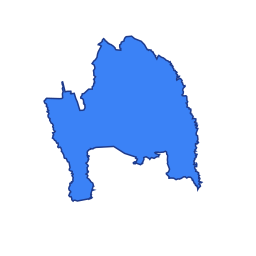 outline of Ixtapan de la Sal, México, Mexico, rotated 20°
{"feature_id": "50627088B70229616994198", "entity_name": "Ixtapan de la Sal", "entity_type": "district", "adm_level": 2, "iso_a3": "MEX", "parent_name": "Mexico", "parent_adm1": "México", "projection": "orthographic", "projection_center": [-99.696, 18.841], "detail": "fine", "context": "isolated", "style": "filled", "palette": "blue", "viewbox_px": 256, "rotation_deg": 20, "n_neighbors": 0, "source": "geoboundaries", "source_scale": "gbopen_adm2", "svg_char_len": 5831}
<svg xmlns="http://www.w3.org/2000/svg" viewBox="0 0 256 256"><g transform="rotate(20 128 128)"><path d="M63.2,164.7L64.4,164.7L66.2,166.6L67.3,166.1L68.4,168.0L68.4,169.7L68.8,170.0L69.6,170.2L70.9,169.2L71.7,169.7L73.1,171.3L73.4,172.8L74.4,173.1L76.9,175.4L78.2,177.8L78.8,178.1L80.5,177.8L82.7,180.3L84.1,180.3L84.4,180.6L87.1,185.1L86.9,186.4L87.1,187.5L88.5,188.0L90.1,187.8L90.6,188.2L90.7,188.8L90.5,190.2L92.2,190.1L92.3,190.7L91.7,192.0L93.4,193.2L93.7,195.0L94.4,196.6L94.2,197.2L93.3,197.9L93.3,198.3L93.9,198.6L93.8,198.9L93.5,199.3L92.5,199.6L92.4,200.3L93.2,201.6L92.9,203.8L93.1,205.2L93.9,206.4L95.8,207.2L96.1,207.9L95.4,209.3L95.7,209.8L95.4,211.5L96.5,212.4L97.2,212.4L97.9,212.0L99.1,213.2L99.5,214.3L100.2,215.0L101.4,215.5L101.9,214.4L103.1,214.0L105.4,213.9L115.3,208.0L115.6,208.3L116.2,207.6L115.9,207.2L116.7,206.1L117.3,206.8L118.0,205.8L117.6,205.7L116.9,204.6L116.6,204.9L115.8,203.4L116.3,202.8L115.6,202.2L115.4,198.8L115.6,199.0L116.9,198.0L115.4,198.2L115.1,194.2L115.4,194.2L113.8,191.9L111.2,191.1L110.4,190.2L109.6,190.1L109.2,189.5L106.7,188.8L106.5,188.4L106.6,186.5L105.8,185.9L104.3,185.6L105.6,183.6L105.7,182.5L105.5,182.2L104.8,182.1L104.7,182.6L103.1,179.2L103.6,177.7L103.3,176.8L100.5,175.4L101.5,173.8L101.7,172.1L101.4,171.7L101.8,170.7L101.0,169.8L100.1,169.3L100.0,169.0L101.0,168.4L101.1,167.7L100.5,167.5L99.3,168.1L99.0,167.7L98.8,166.2L98.0,165.0L97.9,163.6L98.5,162.8L98.7,161.9L100.4,160.4L100.1,160.1L102.2,159.6L102.6,158.8L104.5,157.2L120.9,150.2L133.5,153.0L145.6,152.6L145.5,153.8L147.5,154.0L147.2,157.3L146.1,157.3L144.9,158.7L145.2,159.4L145.6,159.6L147.1,159.1L147.4,158.2L152.3,158.2L152.7,157.7L153.0,156.4L153.3,156.1L153.7,156.4L153.9,156.0L153.5,155.0L153.7,152.0L152.9,150.4L154.8,148.8L158.3,149.4L159.2,150.0L159.5,148.8L160.3,147.7L162.9,147.6L164.8,145.2L166.6,144.5L166.2,143.6L166.7,142.4L162.8,142.6L161.7,142.0L162.1,141.4L165.0,140.3L166.4,140.3L167.2,139.6L169.6,138.5L171.0,137.1L172.4,137.4L173.4,139.4L174.0,139.6L174.8,140.6L175.9,144.5L177.1,146.8L177.1,147.8L181.1,152.4L181.2,154.4L180.8,156.0L179.5,157.4L179.9,158.2L183.2,159.7L183.5,161.1L184.5,160.9L184.9,160.5L188.1,159.5L190.8,160.1L192.3,158.7L194.1,158.3L194.3,157.7L195.1,157.3L197.0,154.8L197.8,154.6L198.3,154.2L200.3,154.9L201.5,153.5L203.7,152.9L205.2,153.6L206.2,154.9L206.5,154.6L206.7,155.1L207.3,155.2L209.3,157.4L209.8,157.3L211.2,158.9L212.3,158.5L212.8,159.5L213.6,159.9L214.6,161.9L214.8,160.4L216.0,157.9L215.2,156.8L213.9,156.5L213.7,155.7L213.9,155.0L215.4,154.6L215.9,153.8L212.7,153.8L212.9,151.0L212.2,150.3L211.6,151.0L210.9,149.0L211.4,148.2L209.8,147.5L209.9,146.4L209.5,145.8L208.5,145.9L207.4,145.2L206.4,145.5L206.1,144.0L205.2,143.7L204.3,142.8L203.9,141.8L204.2,141.0L205.0,141.1L205.7,140.8L205.0,138.4L204.5,137.9L204.3,138.8L203.0,139.8L202.2,139.8L202.6,137.7L201.5,137.3L201.2,136.1L201.6,134.7L201.0,133.9L202.0,132.5L201.7,132.0L201.9,131.1L201.1,130.8L202.0,129.4L201.7,129.0L200.9,129.4L199.9,129.2L198.4,127.4L198.8,126.8L199.5,126.5L198.7,126.2L198.4,125.5L199.1,124.2L199.2,123.0L197.8,122.2L196.8,119.7L197.2,119.3L198.2,119.5L199.2,117.6L198.6,117.1L197.9,117.4L197.4,116.8L197.7,116.3L197.6,114.8L195.9,111.4L194.6,111.2L193.8,109.6L193.8,104.6L192.3,104.9L191.8,104.5L192.4,103.0L192.3,101.8L190.5,102.7L190.1,101.9L191.2,100.6L191.0,99.9L188.7,100.0L188.5,99.4L189.4,98.8L188.7,96.3L186.6,96.5L185.4,97.2L185.2,94.7L184.1,94.3L183.0,93.0L182.0,93.2L181.4,92.6L181.6,91.5L181.0,90.6L181.1,89.7L180.4,88.7L178.9,89.2L178.4,88.1L176.2,88.1L175.9,86.0L174.2,84.7L175.1,84.2L175.0,82.7L174.1,82.2L172.4,78.3L171.4,77.9L169.7,78.7L168.0,79.0L167.4,78.4L168.1,77.2L167.7,75.1L166.4,73.7L166.3,71.8L167.4,69.4L167.0,68.7L166.0,69.3L164.5,68.2L164.0,67.1L162.6,66.4L162.6,64.9L160.5,63.6L158.8,64.5L157.5,66.3L156.9,65.4L156.9,63.8L158.6,62.7L158.6,61.8L156.4,62.5L156.2,61.0L155.0,60.7L154.5,60.2L155.0,59.0L154.3,58.6L153.3,58.7L152.7,57.8L151.4,58.1L150.6,56.6L149.2,55.9L149.2,54.9L148.6,54.9L148.4,54.2L147.4,54.4L147.4,53.8L146.2,53.9L146.6,52.7L145.7,52.4L144.9,51.3L144.2,52.0L142.8,51.3L140.5,51.3L139.8,50.8L137.2,50.0L135.3,50.1L132.1,49.2L131.7,50.2L131.5,53.3L129.2,51.4L129.3,50.7L128.5,50.5L126.3,49.0L125.8,48.1L125.0,48.3L124.6,47.8L123.3,47.6L123.1,47.1L122.8,47.4L122.1,47.0L121.2,47.3L120.6,48.0L119.8,47.4L119.2,47.7L114.9,44.0L110.8,42.0L103.7,41.8L100.0,40.5L95.1,42.8L94.4,44.0L94.1,46.1L94.5,47.5L92.4,49.6L92.6,51.5L91.8,52.7L92.5,54.7L93.7,56.3L94.1,56.0L94.6,57.4L90.0,58.6L88.7,57.8L88.4,57.1L86.2,56.1L83.4,55.4L82.0,55.5L80.8,55.0L80.6,55.3L79.1,54.7L78.4,54.0L76.7,53.8L75.8,52.8L74.5,52.4L73.8,54.3L74.2,55.3L73.4,56.9L71.5,59.4L71.5,59.9L73.0,59.7L74.9,60.1L74.0,66.5L74.1,68.9L74.7,72.3L74.0,75.1L73.0,76.7L72.2,79.8L74.6,80.4L76.1,82.3L76.5,83.7L75.9,85.9L76.9,87.6L78.0,90.3L80.0,91.0L79.1,93.9L79.9,94.1L80.1,95.4L80.8,95.8L81.2,97.1L80.6,97.4L81.1,100.2L80.3,101.4L81.1,103.7L77.7,105.0L74.9,110.6L73.3,111.6L73.6,113.2L73.0,115.2L73.6,116.2L75.1,115.9L76.3,116.7L77.7,119.2L77.6,119.7L78.3,119.9L78.6,120.8L79.4,120.8L80.7,123.6L80.4,126.1L79.1,127.0L76.7,127.9L71.5,120.9L68.9,118.2L65.6,113.8L62.7,115.4L62.0,114.9L62.3,113.9L61.7,113.0L58.4,114.3L56.5,115.5L50.8,107.0L50.5,107.1L50.3,107.6L51.5,109.8L52.8,110.7L52.8,113.4L54.5,115.7L54.7,118.4L56.3,122.0L55.6,123.0L53.5,123.9L41.4,127.9L40.8,129.0L40.9,129.6L40.0,130.9L40.2,131.9L41.7,133.3L43.1,133.3L43.9,134.4L43.7,135.4L44.3,135.9L45.5,136.1L46.1,138.1L47.5,138.7L47.5,139.2L46.3,140.0L46.3,140.4L48.1,140.8L48.8,141.6L48.4,143.1L49.1,144.8L50.2,145.6L51.4,145.8L51.7,146.2L51.5,146.8L51.7,147.4L54.4,149.8L55.4,149.7L56.9,151.1L56.7,152.2L56.9,152.8L57.8,153.1L58.3,154.9L59.9,156.0L60.7,156.0L60.3,157.4L58.9,158.2L60.5,159.9L60.1,160.7L60.5,162.3L60.4,163.3L62.0,163.7L63.2,164.7Z" fill="#3b82f6" stroke="#1e3a8a" stroke-width="1.5"/></g></svg>